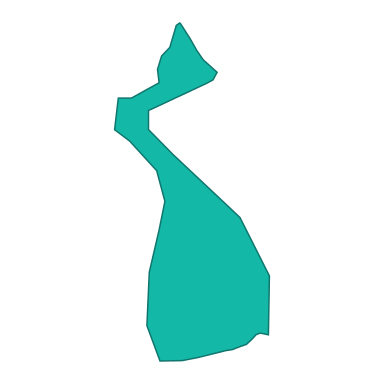 outline of Calvary, Castries, Saint Lucia
{"feature_id": "8701671B81655629015903", "entity_name": "Calvary", "entity_type": "district", "adm_level": 2, "iso_a3": "LCA", "parent_name": "Saint Lucia", "parent_adm1": "Castries", "projection": "natural_earth1", "projection_center": [-60.987, 14.015], "detail": "fine", "context": "isolated", "style": "filled", "palette": "teal", "viewbox_px": 384, "rotation_deg": 0, "n_neighbors": 0, "source": "geoboundaries", "source_scale": "gbopen_adm2", "svg_char_len": 665}
<svg xmlns="http://www.w3.org/2000/svg" viewBox="0 0 384 384"><path d="M268.4,334.8L269.4,275.9L268.8,274.7L240.0,217.6L231.6,209.6L173.0,154.5L148.5,129.6L148.5,110.5L206.5,83.4L213.0,79.9L217.1,72.3L203.2,59.8L196.7,50.3L190.2,38.8L180.4,23.5L179.7,23.0L176.3,25.4L169.8,47.4L165.2,52.2L161.6,56.0L161.2,57.3L157.5,69.4L158.7,79.3L159.1,82.8L146.9,89.5L131.4,98.1L118.3,98.1L114.6,129.7L129.7,141.1L156.7,170.7L164.9,201.3L159.1,230.0L149.3,272.1L146.9,325.6L160.0,361.0L182.2,360.6L198.1,357.5L225.8,350.6L232.3,349.6L238.0,347.4L240.3,346.5L246.4,344.4L251.9,339.3L256.2,334.6L260.3,333.1L268.4,334.8Z" fill="#14b8a6" stroke="#0f766e" stroke-width="1.5"/></svg>